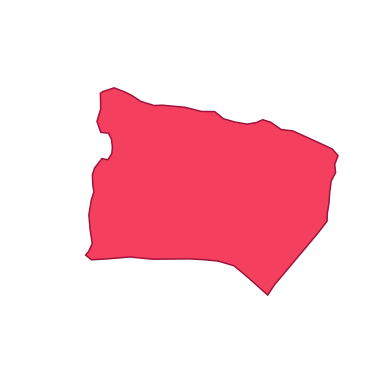 Haparanda, Norrbotten, Sweden (Mercator projection), rotated 302°
{"feature_id": "70781695B66074520393344", "entity_name": "Haparanda", "entity_type": "district", "adm_level": 2, "iso_a3": "SWE", "parent_name": "Sweden", "parent_adm1": "Norrbotten", "projection": "mercator", "projection_center": [23.793, 65.969], "detail": "fine", "context": "isolated", "style": "filled", "palette": "rose", "viewbox_px": 384, "rotation_deg": 302, "n_neighbors": 0, "source": "geoboundaries", "source_scale": "gbopen_adm2", "svg_char_len": 920}
<svg xmlns="http://www.w3.org/2000/svg" viewBox="0 0 384 384"><g transform="rotate(302 192 192)"><path d="M82.1,135.2L81.2,142.6L90.3,155.5L103.9,173.6L114.2,194.3L127.8,215.7L133.6,224.7L140.7,237.6L147.2,250.6L151.7,266.7L149.1,285.5L144.7,310.8L157.0,311.1L177.3,314.0L224.2,320.6L238.8,322.0L245.7,318.0L254.4,314.4L264.9,308.9L275.1,304.2L284.6,303.5L291.1,298.4L300.2,296.6L302.8,288.2L301.3,275.9L299.1,259.1L297.3,245.3L292.2,234.4L292.9,222.0L290.8,213.7L285.3,210.0L278.8,202.8L274.0,191.1L270.8,179.9L272.2,168.6L265.3,157.3L260.2,141.3L250.0,121.0L245.3,114.1L241.7,100.6L242.0,89.7L241.3,82.4L239.1,70.8L230.0,63.2L227.2,62.0L214.0,70.6L201.5,74.0L194.2,83.1L197.6,89.9L194.2,95.6L187.9,100.7L182.2,103.6L174.8,103.6L172.6,97.9L160.6,96.7L153.8,98.4L144.7,104.7L140.2,108.7L131.7,110.9L118.0,116.6L106.7,125.1L95.3,134.8L86.8,135.9L82.1,135.2Z" fill="#f43f5e" stroke="#9f1239" stroke-width="1.5"/></g></svg>